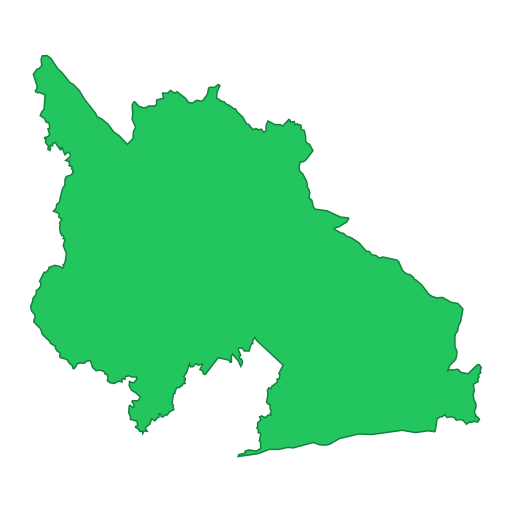 Na Di, Prachin Buri, Thailand
{"feature_id": "78962969B93124351741283", "entity_name": "Na Di", "entity_type": "district", "adm_level": 2, "iso_a3": "THA", "parent_name": "Thailand", "parent_adm1": "Prachin Buri", "projection": "robinson", "projection_center": [101.834, 14.202], "detail": "fine", "context": "isolated", "style": "filled", "palette": "green", "viewbox_px": 512, "rotation_deg": 0, "n_neighbors": 0, "source": "geoboundaries", "source_scale": "gbopen_adm2", "svg_char_len": 5940}
<svg xmlns="http://www.w3.org/2000/svg" viewBox="0 0 512 512"><path d="M329.9,444.1L339.4,438.6L358.6,434.0L371.9,434.5L402.2,430.3L415.4,432.6L428.3,430.8L434.4,431.7L435.2,431.0L437.1,418.9L440.2,416.7L442.2,416.9L444.5,414.7L447.1,417.5L451.7,416.7L454.3,417.7L456.3,420.2L460.5,419.5L463.0,420.3L466.5,424.2L469.7,421.9L470.3,422.5L474.2,421.4L477.7,422.1L479.5,419.3L477.8,417.2L475.4,416.3L476.0,415.1L474.2,412.3L476.1,406.8L475.7,403.2L473.8,399.4L473.2,394.2L474.3,390.8L473.4,385.2L474.1,383.8L478.1,381.6L477.8,378.8L479.1,377.0L478.4,374.8L480.9,372.6L480.1,371.1L481.3,367.6L479.4,364.8L477.4,364.7L468.0,373.8L460.6,372.3L459.0,370.0L457.1,369.2L453.3,370.1L450.6,369.6L447.8,370.7L449.6,365.7L455.5,359.6L456.3,357.5L457.0,351.7L455.0,346.4L454.9,336.4L455.6,333.8L457.7,330.9L458.4,326.0L460.6,321.7L462.9,309.0L457.9,303.5L451.1,302.3L442.6,297.4L436.8,297.9L432.1,296.4L428.9,294.3L421.5,284.7L415.7,279.8L413.9,279.3L413.4,277.1L409.5,274.3L408.0,274.5L405.2,272.9L402.6,270.6L398.7,261.8L397.0,260.1L383.0,257.0L379.1,258.0L375.7,255.3L372.0,255.0L369.2,251.4L366.4,251.3L359.1,242.9L351.3,237.8L346.3,236.0L343.5,233.3L341.1,233.0L334.4,229.3L334.9,227.9L338.8,226.9L346.4,222.2L348.5,219.1L348.4,217.9L340.4,217.0L327.0,210.8L314.7,209.1L313.1,205.8L311.9,200.3L308.8,197.6L309.8,193.4L308.9,189.5L307.0,186.7L307.4,184.7L306.5,181.1L302.7,173.8L299.5,170.8L299.2,166.1L300.4,162.0L303.6,161.6L306.0,159.9L313.0,150.7L309.4,144.1L307.8,143.7L305.8,141.6L305.5,135.4L304.1,130.2L301.9,130.0L301.0,128.8L301.2,125.7L299.9,124.7L298.3,125.0L297.5,123.8L294.7,124.6L294.4,121.6L290.5,122.0L290.2,120.3L288.9,119.4L282.7,126.0L280.1,124.6L275.0,124.6L267.9,121.0L266.1,125.3L266.0,131.0L263.7,132.2L261.5,129.2L258.1,129.8L256.5,128.6L252.6,129.4L248.6,124.3L246.5,123.9L243.0,117.4L236.7,111.4L235.8,109.2L233.1,108.3L229.2,105.2L227.0,104.7L224.0,101.7L222.1,101.5L216.6,98.0L217.0,92.3L219.9,85.4L218.1,84.6L214.4,87.4L210.2,87.2L208.6,88.1L207.4,94.4L202.9,100.4L201.2,101.1L196.7,100.3L192.4,103.0L188.8,102.6L185.2,98.0L176.9,91.7L174.7,93.2L170.5,90.4L167.8,93.1L162.5,93.1L163.6,98.1L156.5,100.0L156.6,104.3L154.9,105.9L148.4,106.0L146.1,107.6L142.7,107.6L138.7,106.1L134.8,101.8L133.8,101.9L132.1,105.4L132.8,113.7L132.1,119.2L135.6,127.3L133.3,132.0L133.1,138.2L127.4,144.4L119.0,135.6L113.8,132.0L107.8,123.9L101.4,118.8L97.3,116.8L95.3,113.0L84.4,99.1L79.3,90.6L73.3,84.4L70.0,82.6L61.9,72.5L57.6,68.6L50.9,58.3L46.9,55.5L42.2,55.9L41.1,59.3L41.7,65.9L39.2,68.4L36.7,69.5L33.3,74.3L37.2,86.4L36.5,89.5L35.4,90.5L35.8,91.9L37.8,92.9L39.3,92.3L45.1,95.0L44.0,109.2L41.6,112.1L40.2,115.7L44.7,118.6L46.0,122.0L49.2,123.2L49.6,128.4L47.9,128.9L49.6,134.7L48.3,136.3L44.6,137.6L44.7,138.6L45.8,138.8L45.5,142.5L48.5,146.2L47.8,149.1L49.9,150.5L50.7,148.4L50.1,146.1L51.0,145.2L52.7,145.9L52.7,143.4L55.1,142.5L60.3,149.8L61.1,149.5L60.7,147.9L62.0,147.3L64.9,154.8L67.9,152.1L70.2,153.7L70.2,156.6L65.6,160.5L69.4,161.5L69.1,163.3L70.2,165.0L69.2,165.7L72.3,167.2L71.5,168.9L73.2,169.9L72.7,171.7L73.4,172.3L70.8,175.1L66.3,176.5L65.0,179.2L64.9,185.1L62.7,188.4L60.1,197.9L60.7,198.9L59.9,199.4L59.5,202.1L56.6,204.4L56.3,207.8L53.4,211.2L57.8,212.8L59.1,214.5L58.8,217.2L61.7,219.2L59.5,223.2L60.2,224.4L59.6,226.9L60.5,233.4L61.6,233.6L61.5,235.4L63.4,235.7L63.8,237.5L63.1,238.6L64.7,238.9L65.0,239.9L63.2,245.4L66.4,253.5L65.5,258.9L66.1,259.8L65.1,260.9L64.7,263.8L63.0,264.8L63.7,266.7L62.6,268.2L60.1,266.5L54.8,265.3L48.9,267.5L49.0,269.0L46.1,272.2L44.1,272.3L39.5,281.4L40.6,282.6L40.9,285.2L39.2,288.3L36.3,290.6L36.2,294.3L32.9,298.5L32.9,300.6L30.7,306.1L31.4,310.6L34.8,315.0L35.2,317.1L33.8,320.3L33.9,322.1L40.6,328.8L42.4,334.4L49.5,341.2L50.4,343.2L55.4,346.4L55.5,348.6L56.9,350.8L60.1,352.9L59.7,355.8L60.2,357.6L66.8,359.4L69.2,363.1L72.6,365.9L72.7,368.0L73.8,368.8L75.9,366.6L76.8,364.0L80.0,363.0L84.0,363.3L87.1,361.1L89.5,360.6L90.7,361.5L92.6,367.5L96.1,370.7L100.0,370.1L102.8,371.0L104.9,372.4L104.8,373.7L107.5,375.0L108.1,377.9L107.3,380.7L110.2,382.8L114.1,383.5L118.7,381.1L122.0,382.0L122.0,378.8L125.0,379.3L125.2,376.8L126.3,376.4L129.6,375.8L131.5,377.0L136.6,377.0L136.6,379.4L133.5,383.0L129.5,381.5L129.2,385.7L131.5,390.3L135.8,392.8L139.8,396.4L140.0,397.6L138.0,400.7L132.4,400.7L132.0,401.8L134.0,404.8L134.1,406.8L133.0,407.7L130.3,405.3L129.3,405.6L128.6,412.6L130.3,416.2L130.4,419.4L137.1,421.3L137.6,425.6L135.6,426.5L135.7,427.5L138.3,429.1L139.8,431.4L142.4,431.5L142.7,433.6L144.2,430.9L147.2,431.3L145.7,428.9L145.8,427.3L149.8,424.2L151.6,418.9L155.0,420.9L157.5,417.5L158.8,417.4L159.2,413.8L160.7,414.1L161.2,416.8L163.4,416.8L165.1,414.7L166.9,415.2L170.0,411.5L173.8,409.7L172.9,406.0L173.3,405.1L172.1,403.7L173.3,394.4L175.1,393.1L174.9,391.8L176.8,387.5L179.4,387.7L180.6,386.2L182.3,385.7L182.3,384.2L185.2,383.4L184.1,381.1L185.2,380.4L185.2,378.5L183.7,376.4L186.5,372.8L189.5,363.9L190.5,366.8L193.3,366.6L194.4,364.8L196.7,363.8L198.1,365.1L202.7,364.3L199.9,369.6L202.2,370.4L203.6,374.0L205.3,374.5L218.2,357.7L229.1,360.2L230.0,362.2L231.4,362.1L231.4,356.0L232.6,354.2L238.3,360.9L240.7,366.4L242.2,363.8L242.5,361.3L241.3,359.0L239.4,358.4L239.5,356.6L240.7,355.3L238.3,349.7L238.6,348.1L242.3,348.1L244.3,351.0L249.2,351.0L249.9,347.6L251.7,343.6L252.8,343.6L252.6,341.0L254.7,337.3L256.6,340.4L283.1,365.1L278.8,373.6L279.9,374.5L279.3,378.5L276.8,379.3L277.5,381.0L277.0,382.4L271.7,386.4L271.1,388.7L268.8,387.8L267.4,390.5L268.0,394.3L266.6,402.0L268.0,404.0L270.2,405.0L270.0,408.4L271.4,411.7L270.1,413.6L271.2,415.1L268.1,415.1L265.4,417.6L261.6,415.9L259.6,416.8L260.8,420.1L257.7,422.6L257.6,426.8L256.8,428.0L258.3,429.4L258.4,433.0L260.2,432.6L260.7,434.5L259.3,440.9L260.5,441.7L260.7,448.5L256.0,451.1L248.9,449.9L245.2,451.0L245.2,453.1L238.7,454.7L238.1,456.5L258.1,453.7L269.2,449.4L278.9,449.4L287.8,447.4L293.1,447.9L313.4,442.5L319.6,444.8L326.0,445.1L329.9,444.1Z" fill="#22c55e" stroke="#15803d" stroke-width="1.5"/></svg>